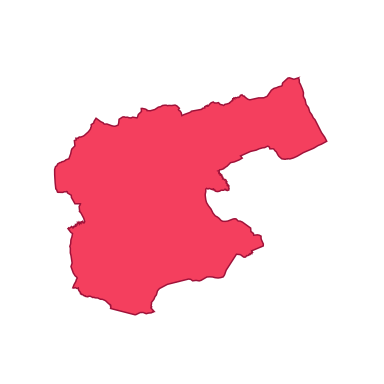 the district of Dan Khun Thot, Nakhon Ratchasima, Thailand, rotated 161°
{"feature_id": "78962969B23608126314551", "entity_name": "Dan Khun Thot", "entity_type": "district", "adm_level": 2, "iso_a3": "THA", "parent_name": "Thailand", "parent_adm1": "Nakhon Ratchasima", "projection": "orthographic", "projection_center": [101.7, 15.236], "detail": "fine", "context": "isolated", "style": "filled", "palette": "rose", "viewbox_px": 384, "rotation_deg": 161, "n_neighbors": 0, "source": "geoboundaries", "source_scale": "gbopen_adm2", "svg_char_len": 6105}
<svg xmlns="http://www.w3.org/2000/svg" viewBox="0 0 384 384"><g transform="rotate(161 192 192)"><path d="M142.2,117.8L141.5,119.6L141.9,124.4L141.8,125.7L141.1,127.8L142.5,129.3L144.1,130.2L147.7,131.0L147.4,133.0L148.1,133.5L148.5,134.7L149.2,135.3L148.3,138.8L154.2,147.2L156.1,148.9L157.2,149.2L157.9,149.7L159.0,152.1L160.0,152.7L161.8,153.1L167.7,152.9L170.1,153.4L172.5,154.3L173.9,155.8L175.0,158.4L176.3,160.3L177.8,161.8L179.0,165.1L179.6,169.8L180.9,173.5L181.7,177.2L181.5,180.2L180.6,184.5L180.2,185.6L178.9,187.8L178.1,190.2L177.0,190.7L175.9,189.6L174.6,189.8L172.4,188.0L170.6,187.9L170.5,187.1L170.8,186.9L169.8,186.5L169.9,185.6L169.1,184.8L167.5,184.0L165.5,183.8L163.8,184.2L161.7,183.4L160.4,183.5L159.9,183.9L159.6,183.6L159.2,183.5L159.2,182.6L158.7,182.5L158.3,181.9L156.6,181.9L156.5,182.5L156.2,182.7L156.4,183.0L155.8,183.4L155.8,184.9L155.4,185.3L155.6,185.5L155.3,185.9L156.0,186.3L155.6,186.5L155.9,186.8L155.6,186.8L155.6,187.3L156.0,187.6L156.1,188.5L156.5,188.9L156.3,189.1L156.6,189.3L156.2,190.0L156.4,190.3L156.1,190.4L156.4,190.6L156.0,190.9L156.0,192.1L156.2,192.7L157.1,193.3L157.4,193.0L157.9,194.1L158.7,194.4L158.2,195.0L158.1,195.8L158.6,195.9L158.7,196.2L158.5,196.7L158.7,197.2L158.4,197.4L158.4,198.2L158.7,198.1L159.8,198.7L159.5,199.3L159.1,199.0L158.9,199.2L159.3,200.2L160.0,200.2L160.5,200.6L160.4,201.3L159.9,201.1L159.9,201.8L159.6,202.2L159.7,202.8L160.4,203.4L159.1,203.5L158.7,204.0L157.0,203.7L154.5,203.7L154.2,204.1L153.3,204.1L152.6,204.5L150.4,205.0L146.0,207.2L142.2,206.7L136.9,207.0L133.5,207.7L134.4,210.3L123.3,211.3L117.7,210.7L114.4,211.0L110.8,210.8L108.9,210.3L105.7,210.7L105.2,210.5L104.2,209.2L104.3,207.4L101.3,206.5L100.7,206.0L100.0,203.8L99.2,202.5L98.7,199.1L98.2,197.4L96.3,194.1L93.2,192.6L91.1,192.4L90.8,192.1L90.3,192.2L88.7,191.4L85.0,191.2L80.8,191.6L73.8,193.0L62.7,193.8L57.6,194.9L54.0,195.1L48.1,196.1L48.7,200.7L50.2,205.9L52.2,220.4L53.2,222.6L53.6,226.2L54.6,229.3L54.4,233.9L55.6,237.6L55.0,242.6L55.5,244.7L55.5,246.5L54.3,249.5L54.1,252.8L54.5,258.8L54.9,260.4L54.1,263.0L54.1,264.8L54.9,265.0L54.4,265.3L58.9,265.4L62.6,268.2L64.2,268.5L70.6,265.7L71.2,265.1L71.9,263.6L72.7,263.0L75.9,263.3L78.1,263.1L80.8,263.3L83.8,262.4L89.8,258.0L93.6,257.7L98.3,259.3L107.3,260.3L109.1,261.6L111.1,264.7L111.2,265.4L111.6,265.8L112.3,265.9L113.1,267.6L113.6,267.4L114.1,267.7L114.9,267.6L115.7,266.6L116.3,266.3L116.8,266.5L117.1,266.2L118.0,266.7L119.3,266.5L120.1,267.1L121.5,266.9L121.6,267.3L121.6,267.0L121.8,267.3L122.5,266.7L123.1,266.9L123.5,266.0L124.0,265.7L123.9,265.2L125.1,265.1L126.9,264.2L127.3,264.3L127.7,263.8L130.7,263.9L132.3,264.2L133.9,263.5L135.0,264.5L136.8,265.6L137.9,267.9L139.7,268.1L141.8,268.9L142.6,270.2L144.9,270.1L147.0,269.1L148.5,268.0L149.6,268.1L149.4,268.9L150.7,268.8L152.2,268.5L152.5,267.4L154.9,267.7L155.9,267.0L166.3,268.6L166.7,268.2L168.4,267.9L174.3,267.8L176.7,267.5L176.4,270.7L177.1,272.9L177.8,273.4L178.0,274.4L176.7,275.3L178.3,278.4L179.7,279.7L183.2,280.4L185.7,281.4L186.9,281.5L188.0,282.4L189.3,282.9L191.7,283.4L193.9,282.9L196.2,283.2L200.3,282.1L205.0,282.4L208.0,283.6L207.9,284.4L209.1,285.6L211.9,287.3L212.8,287.5L213.6,284.6L217.5,282.8L219.2,280.5L219.9,280.0L223.7,282.1L225.5,281.9L227.4,282.7L228.5,283.7L230.6,284.3L231.8,285.2L233.2,285.5L237.3,284.5L238.6,281.6L239.7,279.8L240.2,279.3L243.2,279.2L244.4,279.6L246.2,280.7L250.3,284.0L252.5,284.6L253.3,285.5L253.4,286.3L255.3,288.1L258.7,293.0L261.6,290.7L262.4,289.3L265.4,288.5L265.9,286.6L266.5,286.1L267.6,284.5L270.5,282.6L275.8,280.4L277.1,280.2L279.3,280.2L280.7,280.7L282.1,280.3L282.3,279.8L284.3,280.6L284.4,279.0L286.5,278.9L287.7,273.7L291.6,271.8L292.6,270.5L294.2,267.7L297.6,263.5L300.8,263.5L301.5,263.1L303.5,262.7L305.0,263.0L306.0,262.6L307.2,262.8L309.8,262.3L311.3,260.8L312.8,260.4L314.6,257.9L316.2,253.1L318.4,245.2L319.8,239.2L319.3,238.6L319.2,235.7L318.9,235.4L314.4,233.7L312.7,233.8L311.1,233.2L310.3,233.3L309.9,232.9L310.0,231.6L307.2,228.2L307.8,226.1L306.5,219.0L301.3,217.2L301.7,216.5L303.4,215.1L304.3,211.3L304.4,210.0L304.6,210.0L303.8,208.2L302.9,202.5L303.1,198.8L304.2,197.9L305.0,198.4L304.8,199.1L305.1,199.9L305.6,199.6L306.5,199.9L307.1,198.5L307.5,199.0L308.4,198.5L307.9,199.6L308.4,199.8L308.6,200.4L309.0,200.0L309.4,200.2L309.2,199.8L309.4,199.2L309.9,199.9L310.6,199.4L310.9,199.6L311.5,198.3L312.4,198.6L312.8,199.1L313.2,198.3L313.1,197.4L313.9,197.5L314.6,198.0L314.9,198.6L314.9,198.2L315.4,197.7L315.2,197.3L316.2,196.8L316.3,197.6L316.5,197.6L317.1,198.6L318.3,197.9L318.6,198.1L320.0,197.6L320.3,198.0L320.5,197.5L320.8,197.9L321.2,197.8L319.7,193.3L318.5,191.6L320.0,188.9L322.1,186.1L323.6,182.5L325.2,180.4L325.3,178.5L326.9,174.0L327.1,171.2L328.5,163.8L330.7,160.9L330.6,154.1L329.8,150.8L328.8,149.2L328.5,148.0L329.8,146.9L331.0,145.2L333.6,142.9L335.9,140.2L335.1,139.7L333.3,139.5L332.4,138.4L331.7,138.1L330.8,138.3L331.1,136.4L331.0,135.4L330.6,134.7L330.7,134.3L330.2,133.5L330.5,132.3L330.1,132.1L330.3,131.8L329.6,130.9L328.8,130.7L328.2,129.4L326.8,128.6L326.9,128.1L324.6,126.8L324.3,127.1L323.0,126.9L321.9,126.4L320.1,124.5L319.0,124.4L318.1,123.5L315.6,122.5L313.6,120.5L311.5,119.6L309.2,117.4L307.0,113.2L306.0,112.2L305.7,111.4L306.3,111.1L306.1,109.8L306.5,109.1L306.4,108.6L306.8,108.3L285.9,94.5L285.1,94.3L280.2,94.9L277.4,94.0L274.9,91.8L272.6,91.7L269.9,91.0L269.0,91.2L268.2,91.0L267.7,91.2L267.7,91.5L266.7,91.3L268.5,95.6L268.4,96.1L267.5,96.5L267.8,97.6L266.6,99.6L266.4,100.7L263.0,102.9L261.2,105.0L259.2,106.3L256.8,109.8L254.2,111.3L245.3,112.7L223.5,110.8L221.6,109.8L220.3,107.8L216.9,107.1L214.1,105.6L212.2,105.5L205.6,106.8L203.0,106.1L200.3,105.0L198.1,103.5L195.3,102.2L192.7,101.7L190.1,101.6L188.2,103.1L185.1,107.0L170.2,118.7L166.6,117.0L164.4,113.7L163.1,113.1L162.3,113.2L161.0,114.1L160.2,113.7L158.9,113.8L158.7,114.2L158.2,114.1L158.3,114.4L157.3,114.8L157.2,114.4L156.8,114.2L155.8,114.8L155.4,114.4L155.1,115.0L154.7,115.1L155.0,115.4L154.8,115.7L155.1,115.9L154.9,116.7L154.5,116.2L154.4,116.8L153.9,117.0L142.2,117.8Z" fill="#f43f5e" stroke="#9f1239" stroke-width="1.5"/></g></svg>